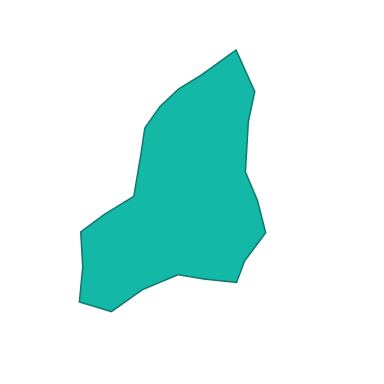 the district of Agia Eirini Lefkosias, Nicosia, Cyprus, rotated 205°
{"feature_id": "46923920B45415874834120", "entity_name": "Agia Eirini Lefkosias", "entity_type": "district", "adm_level": 2, "iso_a3": "CYP", "parent_name": "Cyprus", "parent_adm1": "Nicosia", "projection": "albers", "projection_center": [32.964, 34.983], "detail": "fine", "context": "isolated", "style": "filled", "palette": "teal", "viewbox_px": 384, "rotation_deg": 205, "n_neighbors": 0, "source": "geoboundaries", "source_scale": "gbopen_adm2", "svg_char_len": 443}
<svg xmlns="http://www.w3.org/2000/svg" viewBox="0 0 384 384"><g transform="rotate(205 192 192)"><path d="M115.2,151.6L108.0,186.2L128.9,211.8L152.1,232.8L170.6,279.4L177.6,309.6L212.1,339.3L233.4,301.3L247.6,279.9L257.1,256.1L261.8,230.0L254.7,206.2L242.9,163.5L261.8,135.0L276.0,108.8L259.4,78.0L247.6,44.7L214.5,49.5L195.6,82.7L169.6,111.2L143.6,118.4L113.4,128.9L115.2,151.6Z" fill="#14b8a6" stroke="#0f766e" stroke-width="1.5"/></g></svg>